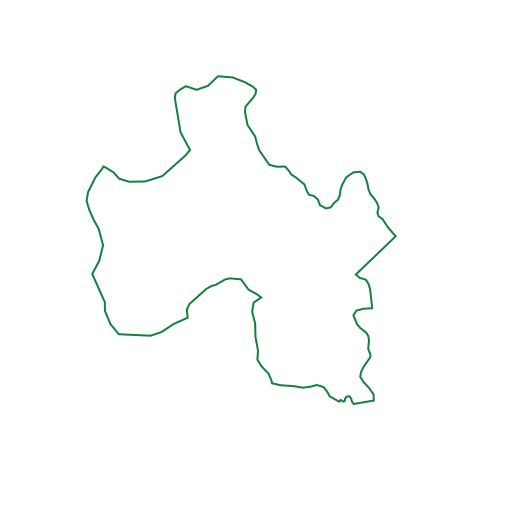 outline of Boulgou, rotated 303°
{"feature_id": "BFA-2826", "entity_name": "Boulgou", "entity_type": "Province", "adm_level": 1, "iso_a3": "BFA", "parent_name": "Burkina Faso", "parent_adm1": "", "projection": "robinson", "projection_center": [-0.398, 11.449], "detail": "fine", "context": "isolated", "style": "outline", "palette": "green", "viewbox_px": 512, "rotation_deg": 303, "n_neighbors": 0, "source": "natural_earth", "source_scale": "10m", "svg_char_len": 2017}
<svg xmlns="http://www.w3.org/2000/svg" viewBox="0 0 512 512"><g transform="rotate(303 256 256)"><path d="M348.7,362.4L334.0,359.0L294.9,349.8L294.1,355.1L295.2,358.2L295.9,361.2L293.6,366.0L290.0,370.0L275.5,381.9L270.3,374.9L264.9,370.0L259.3,370.0L253.8,377.9L252.4,382.6L251.8,390.1L250.2,393.6L246.8,396.7L239.2,400.7L236.5,404.5L235.8,405.4L234.9,406.1L234.0,406.7L233.0,407.0L221.8,406.6L215.8,407.3L211.6,409.1L209.0,414.5L206.9,422.6L203.9,430.0L198.9,433.5L185.1,418.5L185.9,416.2L188.1,413.6L189.3,411.0L187.6,408.7L184.9,408.4L182.9,409.3L181.6,408.9L181.3,405.2L179.2,405.2L178.4,394.5L181.3,388.8L182.8,383.8L181.0,377.4L175.7,372.5L171.0,366.9L167.5,358.7L161.0,347.0L158.0,338.8L160.1,336.7L164.1,330.7L166.5,320.6L169.9,313.6L177.8,309.2L188.0,299.5L199.0,292.0L207.1,283.2L215.5,279.4L224.1,282.9L224.4,276.9L223.7,268.0L228.3,256.2L223.1,246.4L219.9,243.1L209.9,238.0L207.0,235.3L201.5,232.3L179.5,226.3L174.3,227.2L173.7,226.9L167.0,232.3L154.2,224.0L140.8,218.2L131.8,211.1L115.7,183.6L119.6,171.0L127.7,159.2L134.9,154.4L151.8,128.4L166.5,127.2L181.7,121.9L193.0,109.4L197.9,100.2L203.7,91.3L209.9,83.9L218.3,80.3L234.2,78.5L245.6,79.5L248.0,79.3L248.4,82.7L248.5,91.1L246.3,99.0L249.2,109.2L258.1,122.4L272.0,133.9L301.5,142.0L308.9,143.0L318.7,125.3L344.5,101.7L348.5,100.0L350.0,100.4L353.9,101.6L360.1,104.6L363.1,115.7L372.5,123.0L386.0,126.2L393.0,139.1L395.7,152.1L396.1,157.2L396.3,160.4L395.6,165.5L391.9,167.3L387.1,167.4L375.6,165.8L370.7,168.4L361.2,177.6L355.7,190.3L350.5,195.9L346.4,201.2L339.7,217.5L342.1,224.6L346.9,231.8L345.5,236.8L343.6,241.3L343.6,246.4L342.4,257.6L338.9,262.3L336.2,266.9L337.9,272.0L337.1,277.1L333.5,281.9L334.0,288.8L337.5,292.2L342.4,292.5L348.0,294.1L352.8,293.2L357.6,290.8L363.1,289.4L371.3,288.9L379.2,292.2L383.4,297.4L383.2,302.1L380.1,306.8L377.1,310.3L373.0,314.2L370.0,318.7L368.7,323.5L366.5,328.6L363.4,332.5L358.5,334.2L356.0,337.2L355.9,342.0L352.0,350.8L349.3,359.8L348.7,362.4Z" fill="none" stroke="#15803d" stroke-width="2"/></g></svg>